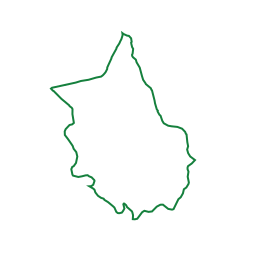 the district of Monjas, Jalapa, Guatemala, rotated 127°
{"feature_id": "79465075B55723885178845", "entity_name": "Monjas", "entity_type": "district", "adm_level": 2, "iso_a3": "GTM", "parent_name": "Guatemala", "parent_adm1": "Jalapa", "projection": "natural_earth1", "projection_center": [-89.899, 14.508], "detail": "fine", "context": "isolated", "style": "outline", "palette": "green", "viewbox_px": 256, "rotation_deg": 127, "n_neighbors": 0, "source": "geoboundaries", "source_scale": "gbopen_adm2", "svg_char_len": 1932}
<svg xmlns="http://www.w3.org/2000/svg" viewBox="0 0 256 256"><g transform="rotate(127 128 128)"><path d="M171.6,174.2L172.9,169.5L173.8,166.7L175.6,161.4L177.3,158.9L178.4,154.8L181.3,151.3L187.2,148.5L191.2,148.4L192.6,149.1L195.0,148.5L198.7,144.3L199.1,143.2L197.0,138.2L194.3,135.7L191.4,133.4L190.0,131.8L190.0,130.0L189.3,127.4L189.9,123.6L190.4,122.9L194.3,121.6L196.6,122.4L197.8,123.8L197.3,119.1L197.5,117.6L199.1,115.3L200.2,111.2L200.0,107.5L199.1,104.9L199.6,103.6L199.2,99.3L199.5,93.1L199.7,91.0L202.0,86.9L202.1,85.1L201.4,83.8L199.3,82.0L197.4,82.0L194.5,82.4L191.7,85.8L190.9,85.9L190.6,85.5L190.8,83.0L191.8,81.0L191.8,80.0L192.2,74.8L192.8,73.7L194.6,71.5L197.9,69.3L196.8,67.6L194.9,66.0L186.7,66.0L184.3,65.1L182.6,61.1L180.2,58.6L173.5,57.7L169.8,56.0L168.2,54.0L168.4,47.2L166.7,43.7L165.4,42.8L154.5,44.9L151.6,44.2L147.1,44.8L143.3,46.5L140.4,45.6L136.4,46.0L134.9,46.6L131.0,51.0L126.5,53.4L125.0,55.7L123.6,56.7L122.3,57.1L117.9,55.7L113.3,55.2L113.3,61.2L111.9,64.8L109.6,67.8L106.4,69.0L103.7,72.0L97.9,77.4L97.8,78.3L96.7,80.0L96.0,84.4L97.4,89.2L100.4,94.2L102.0,97.3L102.7,102.3L101.6,105.0L98.6,109.4L98.5,110.9L97.0,114.3L96.2,114.6L95.8,116.2L92.0,121.3L90.1,123.3L83.5,131.5L83.4,132.3L82.5,133.7L82.2,140.1L81.7,141.1L80.4,144.9L78.1,148.1L72.7,155.0L70.4,160.6L68.7,162.9L68.5,166.6L68.0,167.9L67.2,168.8L65.8,169.1L61.7,171.5L60.9,173.4L58.7,176.1L57.9,176.9L57.0,176.9L54.5,179.5L53.9,182.7L54.8,184.4L55.6,188.0L55.6,189.6L56.9,188.3L58.1,187.8L61.2,186.7L63.2,186.4L65.8,185.8L70.6,185.5L71.6,185.0L81.5,183.6L82.5,183.1L92.1,181.0L93.5,180.1L97.0,179.5L99.1,179.6L101.0,179.8L103.1,180.4L106.8,183.7L113.2,188.5L118.8,193.9L123.1,197.0L141.6,212.9L142.9,213.2L143.4,210.4L143.2,209.7L144.8,198.7L145.3,188.6L145.7,187.8L145.7,185.1L146.3,183.7L150.4,180.7L156.5,174.3L158.6,174.7L160.8,176.5L166.4,177.1L168.8,176.5L171.6,174.2Z" fill="none" stroke="#15803d" stroke-width="2"/></g></svg>